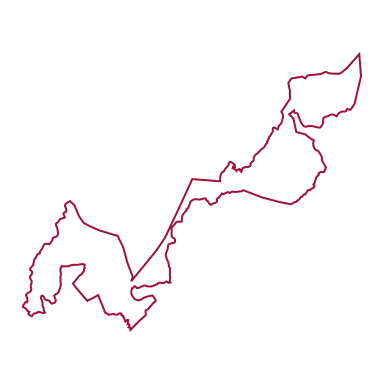 San Mateo Yucutindoo, Oaxaca, Mexico (Robinson projection)
{"feature_id": "50627088B64335355179206", "entity_name": "San Mateo Yucutindoo", "entity_type": "district", "adm_level": 2, "iso_a3": "MEX", "parent_name": "Mexico", "parent_adm1": "Oaxaca", "projection": "robinson", "projection_center": [-97.391, 16.792], "detail": "fine", "context": "isolated", "style": "outline", "palette": "rose", "viewbox_px": 384, "rotation_deg": 0, "n_neighbors": 0, "source": "geoboundaries", "source_scale": "gbopen_adm2", "svg_char_len": 5960}
<svg xmlns="http://www.w3.org/2000/svg" viewBox="0 0 384 384"><path d="M70.0,201.1L66.6,203.1L65.4,204.2L64.9,206.4L65.5,207.0L66.5,210.2L65.7,212.0L65.3,212.0L63.9,212.8L63.6,213.1L63.5,213.6L63.6,214.6L65.0,217.3L64.9,217.5L60.2,219.0L58.2,221.9L55.9,223.7L56.1,225.8L57.1,227.3L58.0,232.3L57.9,234.1L57.4,235.6L56.4,236.6L54.4,237.2L52.9,238.0L52.3,240.2L49.9,243.7L49.4,244.0L46.3,243.7L44.9,244.0L43.9,244.7L43.4,246.2L41.8,249.2L39.9,251.7L39.8,252.3L40.0,253.2L37.2,254.6L36.2,256.7L36.2,257.4L34.4,259.1L33.2,264.9L30.1,268.7L30.3,269.9L32.2,271.9L32.0,273.8L30.0,276.5L30.1,278.2L31.7,281.2L31.8,281.9L30.6,286.0L31.4,289.7L31.1,290.5L29.7,292.1L28.3,292.6L26.9,293.8L26.0,295.0L26.0,295.5L27.1,297.5L27.4,299.0L27.4,301.4L26.7,302.5L25.7,302.1L24.7,302.7L24.3,304.0L23.1,305.4L23.0,306.9L26.2,308.9L27.5,310.9L29.4,311.9L29.3,312.2L28.6,312.7L28.4,313.9L29.7,315.1L31.9,316.3L33.7,313.6L35.6,313.4L36.2,313.0L36.8,313.0L37.4,312.3L38.2,312.0L39.5,312.0L42.1,312.9L43.6,313.0L44.9,312.5L44.0,311.2L43.5,307.7L43.0,307.2L42.5,305.1L42.5,302.7L41.8,300.4L41.1,298.8L41.0,297.8L41.3,296.3L41.7,295.7L42.9,295.9L44.0,297.1L44.6,299.0L45.9,299.9L49.3,300.8L50.4,302.5L51.4,303.5L52.7,303.5L54.4,302.9L54.9,302.5L55.6,301.4L55.8,300.4L54.2,295.7L55.1,294.8L58.0,292.8L58.6,291.9L60.1,287.8L60.7,285.3L60.5,280.1L60.7,278.8L60.4,277.9L60.9,273.5L60.4,270.4L60.6,268.4L61.2,267.6L61.2,266.6L61.9,265.9L63.2,266.4L68.5,266.2L70.4,265.4L73.5,264.8L76.6,264.9L82.2,264.1L84.2,264.3L84.6,264.6L84.5,267.5L84.8,268.0L84.1,268.9L83.9,270.1L84.0,270.9L83.1,271.9L81.6,274.5L80.6,274.8L79.7,275.4L73.0,283.5L75.2,286.7L87.3,300.9L88.7,299.9L89.9,299.6L98.2,295.1L105.4,313.2L106.5,313.2L107.5,313.6L108.7,314.9L113.0,313.9L116.4,314.8L117.2,314.7L119.3,313.4L120.9,313.4L121.4,313.6L121.5,315.2L122.3,315.2L123.3,316.1L123.4,316.6L123.1,317.0L124.3,318.5L125.1,321.3L125.4,321.6L126.9,320.1L127.7,319.8L128.2,320.0L128.1,320.6L127.6,321.3L128.1,322.7L127.6,324.2L128.7,324.1L129.5,324.8L129.5,325.7L128.5,327.2L129.3,327.7L130.3,327.8L130.5,329.9L139.7,320.5L145.9,315.0L145.5,310.9L145.8,310.2L146.5,310.2L148.3,308.9L153.8,302.5L155.4,301.6L155.6,300.3L155.3,299.3L152.5,295.5L148.8,296.1L143.9,297.7L141.7,299.2L140.1,300.0L138.1,300.3L136.5,300.0L134.6,298.9L133.9,298.2L131.8,295.1L131.2,292.3L131.9,288.3L132.7,288.2L133.8,286.8L134.8,286.2L135.7,286.7L136.6,288.0L138.6,288.0L141.7,286.4L142.9,286.2L144.2,285.5L145.8,285.7L147.7,286.4L151.0,286.5L155.0,285.2L156.0,284.3L157.0,284.5L158.5,282.9L160.1,282.6L161.8,283.1L163.5,283.1L165.9,281.6L166.8,281.5L167.7,282.3L168.8,282.8L170.5,282.5L169.7,281.3L170.1,278.9L170.0,275.1L169.7,274.0L170.0,272.6L169.8,270.3L170.2,268.6L169.3,267.4L168.7,264.8L168.6,263.3L166.2,257.2L165.7,254.8L166.3,252.5L167.3,250.3L167.7,248.9L167.9,246.0L168.5,244.6L171.9,243.0L173.1,243.1L174.2,242.8L175.1,241.6L175.0,239.7L174.5,238.7L171.7,236.6L171.5,228.0L176.4,222.1L178.4,221.6L180.3,221.8L181.7,221.6L182.1,217.4L182.4,215.6L182.9,214.7L185.0,211.8L186.5,210.6L186.4,209.5L188.2,208.0L189.8,203.9L190.0,202.7L190.8,201.5L192.5,200.0L193.4,199.6L196.1,199.2L199.5,199.6L205.1,198.3L205.7,198.5L206.2,200.0L206.7,200.6L208.0,201.3L208.7,203.0L210.8,204.9L212.8,203.7L215.7,202.7L216.9,201.7L217.1,200.8L216.8,199.6L216.9,199.0L217.3,198.5L218.7,197.8L221.9,193.5L222.5,194.1L223.9,194.0L227.9,192.0L229.3,192.9L229.9,193.0L231.5,191.8L232.4,191.6L233.9,191.9L237.4,191.9L239.1,191.4L241.3,191.4L243.2,190.2L262.3,197.5L279.4,202.0L291.0,204.3L294.3,202.2L296.6,201.8L297.1,201.0L297.0,200.8L299.2,199.5L299.8,198.3L300.1,198.2L300.3,197.7L301.1,196.8L302.5,196.4L303.3,194.9L304.4,194.3L305.4,194.4L305.5,193.8L306.9,192.1L307.5,190.5L308.9,190.0L310.1,190.1L311.4,188.7L313.5,187.8L313.6,187.0L314.3,186.8L314.5,185.6L314.2,185.4L314.1,184.9L313.4,184.4L314.0,183.4L314.5,183.1L315.6,180.1L315.7,178.5L317.0,176.3L318.1,175.7L318.8,174.7L318.5,173.7L320.2,172.1L323.8,172.0L324.2,171.7L324.6,170.2L325.0,170.1L325.7,168.8L325.4,167.9L325.9,167.2L322.3,161.1L321.8,159.3L321.8,156.8L319.3,152.5L318.1,150.9L315.8,150.0L315.1,149.4L314.4,148.4L314.3,147.5L313.6,146.6L313.1,143.1L313.8,141.2L313.7,140.1L312.9,139.6L312.4,139.8L307.2,136.0L305.9,134.6L296.3,132.0L293.4,118.4L289.1,114.2L294.1,110.5L294.2,111.9L294.5,112.7L295.0,113.0L297.3,113.3L297.8,113.9L298.6,116.7L299.6,118.7L300.7,121.8L302.6,125.0L303.9,126.3L304.8,126.6L306.0,126.6L307.8,126.4L308.5,125.9L309.6,126.3L311.2,125.9L318.7,127.6L320.0,127.6L321.2,126.4L322.9,123.7L323.1,119.3L323.6,118.0L324.7,117.0L327.7,116.3L330.4,114.8L332.1,114.5L333.8,114.7L336.6,116.3L337.9,114.2L339.6,112.6L341.9,111.6L345.3,111.5L346.3,110.8L346.7,109.5L347.3,108.8L348.2,109.4L349.4,109.4L350.2,109.9L350.7,109.6L354.5,104.0L361.0,76.2L359.3,54.1L347.1,67.8L342.1,72.2L339.3,73.8L330.4,73.5L327.9,72.8L325.8,71.8L320.5,74.1L307.6,75.4L305.3,78.4L302.2,76.6L291.3,78.5L288.3,83.1L290.1,92.0L289.8,93.4L290.1,98.7L281.3,111.8L282.7,114.0L283.2,116.6L282.6,118.2L282.1,120.8L281.1,123.6L279.9,124.6L278.9,126.0L278.1,127.8L277.8,129.3L273.9,127.4L272.9,128.1L272.7,132.2L271.6,133.1L270.7,135.1L269.0,137.3L269.1,138.0L268.6,139.2L267.8,139.9L267.6,141.3L267.0,141.7L267.2,143.0L265.7,144.3L265.5,145.1L263.5,147.9L261.6,149.1L257.4,153.4L255.9,154.4L254.1,156.7L253.8,157.4L253.6,160.6L251.1,162.8L250.7,163.7L250.4,165.5L249.9,166.3L247.4,167.1L246.4,166.9L245.0,167.2L242.8,168.0L241.3,171.8L240.6,171.2L240.3,170.5L240.3,169.5L239.4,168.9L237.4,170.4L236.5,170.0L236.3,170.8L234.4,168.9L232.6,168.3L232.8,167.4L233.3,166.4L233.8,166.3L234.6,167.2L235.0,167.0L234.6,164.6L231.7,162.4L230.4,162.0L229.4,162.2L228.8,163.4L228.5,165.2L225.1,169.0L223.9,171.2L223.2,171.8L222.4,172.0L221.3,173.5L220.4,175.9L220.0,180.0L220.1,181.3L192.3,179.1L178.6,208.9L164.9,237.9L156.0,251.0L131.2,281.3L132.8,276.9L127.4,262.7L123.2,247.3L117.5,235.6L116.8,235.7L99.3,230.4L88.2,225.4L83.9,223.0L79.1,216.4L74.4,205.2L70.0,201.1Z" fill="none" stroke="#9f1239" stroke-width="2"/></svg>